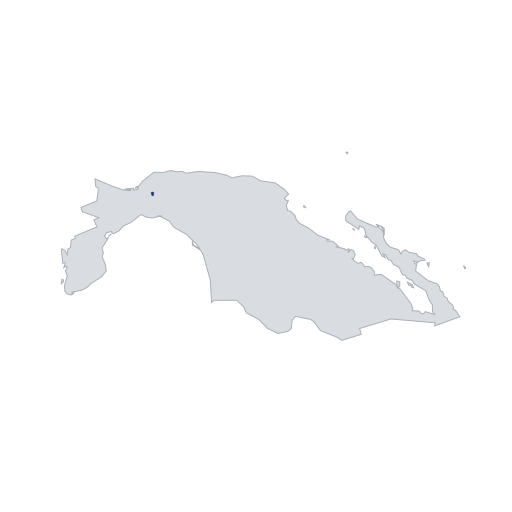 Santa María Alotepec, Oaxaca, Mexico shown in context, rotated 159°
{"feature_id": "50627088B19376593923850", "entity_name": "Santa María Alotepec", "entity_type": "district", "adm_level": 2, "iso_a3": "MEX", "parent_name": "Mexico", "parent_adm1": "Oaxaca", "projection": "orthographic", "projection_center": [-95.857, 17.081], "detail": "fine", "context": "in_parent", "style": "filled", "palette": "blue", "viewbox_px": 512, "rotation_deg": 159, "n_neighbors": 0, "source": "geoboundaries", "source_scale": "gbopen_adm2", "svg_char_len": 4374}
<svg xmlns="http://www.w3.org/2000/svg" viewBox="0 0 512 512"><g transform="rotate(159 256 256)"><path d="M87.5,126.3L114.3,126.7L112.6,129.4L152.7,148.9L185.2,151.2L185.9,145.2L206.2,146.5L209.3,151.0L222.6,163.3L225.3,173.3L227.7,177.2L240.8,185.5L245.4,182.8L249.1,175.6L253.3,174.2L263.2,175.8L271.0,184.0L276.1,195.7L285.4,206.5L285.8,213.2L289.9,221.6L311.2,229.7L314.1,228.5L307.3,250.0L304.8,275.9L305.7,281.4L311.4,289.0L310.1,293.0L310.5,288.9L305.8,282.5L307.2,288.4L312.9,300.7L322.4,312.4L324.5,319.7L331.2,327.2L329.3,327.0L333.2,328.8L332.0,327.7L339.0,328.6L344.1,331.2L348.5,335.9L360.4,332.2L369.2,331.5L374.9,328.6L381.0,327.9L382.3,329.0L381.9,330.5L386.9,331.4L390.2,329.0L389.2,325.2L387.6,326.1L388.0,325.3L396.9,318.7L397.4,313.5L399.9,310.4L399.7,302.0L401.2,295.7L407.9,291.8L419.9,289.5L425.0,287.2L430.9,286.5L440.6,288.2L441.4,286.8L438.8,286.9L442.1,285.7L446.1,288.3L447.0,292.0L445.3,297.1L439.3,305.1L439.3,310.2L436.3,313.4L436.9,314.6L439.7,314.0L436.9,317.4L437.0,318.7L439.0,318.2L435.6,331.2L434.7,332.4L432.5,329.6L431.8,324.7L429.2,329.9L426.2,330.3L422.8,337.1L418.5,337.2L418.2,339.4L394.2,340.1L394.4,347.9L388.9,348.0L402.3,359.6L402.0,364.0L384.9,364.5L378.9,375.6L380.7,378.3L378.7,385.7L366.0,373.4L356.0,365.1L349.9,362.0L349.2,362.8L354.8,365.6L346.1,363.2L346.6,361.1L344.3,362.0L342.9,360.2L341.3,362.1L344.2,363.1L339.8,363.5L335.4,366.4L321.4,370.8L312.5,367.2L304.9,366.3L299.8,363.0L294.8,361.5L291.6,358.3L279.4,355.5L264.2,348.5L254.5,342.0L250.5,337.6L240.3,335.9L230.8,331.9L225.0,324.7L212.0,317.4L205.5,307.9L203.4,302.1L208.8,299.7L208.1,297.3L205.8,296.4L209.6,292.3L210.2,287.2L207.5,285.3L205.1,280.0L205.4,275.4L203.8,271.1L196.7,262.9L190.8,253.1L181.2,244.4L184.0,246.2L184.3,244.4L179.1,242.3L175.6,235.7L178.4,236.1L170.9,231.2L170.0,229.1L167.0,229.6L166.6,228.6L169.1,226.3L165.1,228.0L163.0,226.0L162.9,221.8L166.1,218.3L167.0,219.0L165.5,215.1L163.2,212.5L160.0,212.4L158.3,207.1L154.4,205.7L152.3,203.3L151.2,198.7L152.5,195.9L145.7,194.0L135.4,178.8L135.2,175.3L133.5,174.1L128.4,156.0L128.5,150.6L129.6,148.9L123.4,146.1L122.4,143.1L120.4,142.0L117.9,143.4L110.1,137.3L111.1,140.8L108.9,147.2L110.0,152.7L110.0,162.8L117.7,172.4L119.7,178.6L121.1,178.5L121.6,180.3L122.9,180.7L123.6,184.6L126.0,186.1L126.5,194.3L130.7,198.8L131.7,203.5L133.7,205.1L134.7,210.7L136.5,212.2L135.9,208.1L138.3,210.6L140.1,223.4L142.8,227.2L146.0,236.5L145.0,240.3L145.5,243.7L148.7,247.3L150.4,244.1L159.5,256.7L158.2,261.0L153.8,264.0L151.5,264.2L148.1,254.1L133.4,239.8L131.9,239.9L129.1,235.5L128.8,232.7L130.4,226.7L129.7,220.8L127.8,216.5L120.8,210.8L119.9,205.7L118.2,207.7L114.3,208.3L111.9,204.7L105.3,200.6L104.6,197.6L100.0,193.0L99.7,191.5L105.0,192.8L108.3,191.9L108.1,193.2L110.6,194.9L110.1,191.5L108.8,191.1L112.4,184.8L104.1,171.3L96.7,165.0L95.7,162.1L96.4,157.5L94.6,155.8L94.8,150.6L92.6,148.1L92.8,144.9L90.1,139.7L89.9,137.4L91.3,136.0L89.2,133.7L87.5,126.3ZM134.9,178.9L133.6,182.0L131.0,180.7L132.7,176.0L134.4,175.7L134.9,178.9ZM124.0,177.3L120.6,173.5L120.1,169.8L121.9,171.2L122.0,173.2L123.9,173.9L124.0,177.3ZM445.5,303.8L444.4,302.8L444.8,301.3L447.5,299.9L445.5,303.8ZM128.9,239.6L126.4,236.0L128.8,229.4L127.7,235.4L128.9,239.6ZM98.7,188.3L96.6,187.6L98.6,184.2L99.1,186.9L98.7,188.3ZM65.8,172.6L64.5,170.1L65.0,169.2L65.6,169.3L65.8,172.6ZM131.3,239.9L132.7,242.7L129.4,239.8L131.3,239.9ZM193.9,284.7L193.5,285.8L192.6,285.3L192.3,283.4L193.9,284.7ZM147.3,234.2L147.8,236.3L146.1,233.6L147.3,234.2ZM141.8,220.1L142.7,221.1L141.0,222.8L141.8,220.1ZM135.0,320.5L134.2,320.7L133.2,319.8L134.2,318.7L135.0,320.5ZM385.2,327.9L383.1,328.4L386.7,327.2L385.2,327.9ZM155.9,246.7L154.9,246.4L154.9,244.4L155.9,246.7Z" fill="#d9dde1" stroke="#a8b0b8" stroke-width="1"/><path d="M329.9,352.2L329.9,352.3L330.0,352.3L330.3,352.3L330.3,352.2L330.5,351.9L330.4,351.9L330.3,351.7L330.2,351.7L330.3,351.6L330.4,351.4L330.6,351.3L330.7,351.2L330.7,351.3L330.7,351.2L330.8,351.2L331.0,351.2L331.0,350.9L330.9,350.8L330.7,350.6L330.6,350.4L330.9,350.0L330.7,349.8L330.6,350.0L330.5,350.3L330.2,350.4L329.9,350.3L329.7,350.3L329.5,350.5L329.4,350.5L329.5,350.5L329.8,350.6L330.0,350.6L329.8,350.7L330.0,351.2L330.0,351.3L330.0,351.5L329.9,351.6L329.7,351.7L329.7,351.8L329.8,351.8L330.0,352.0L329.9,352.0L330.0,352.1L329.9,352.2L329.9,352.2Z" fill="#3b82f6" stroke="#1e3a8a" stroke-width="1.5"/></g></svg>